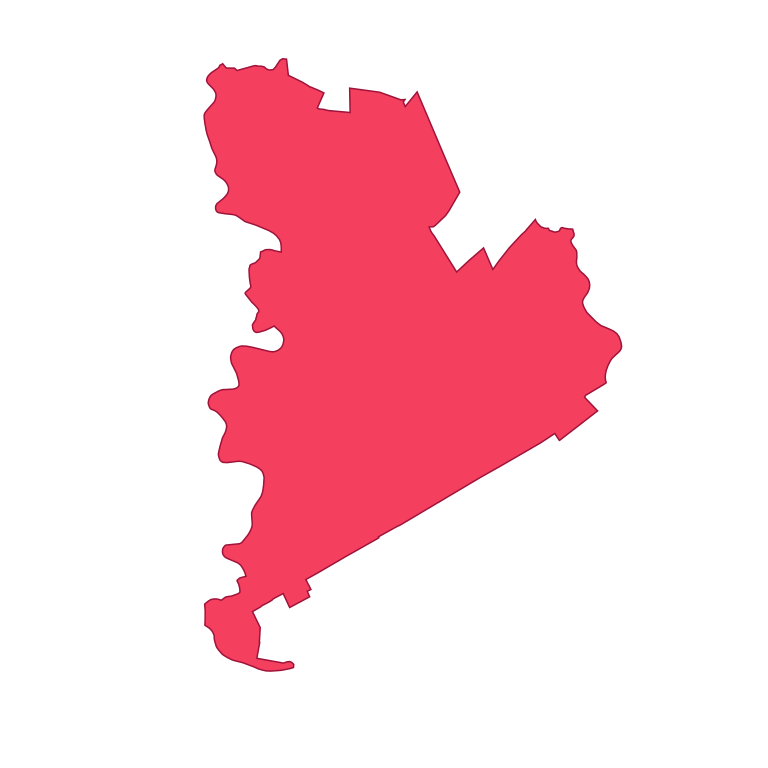 the district of Fantanele, Suceava, Romania, rotated 190°
{"feature_id": "2599482B49541519144713", "entity_name": "Fantanele", "entity_type": "district", "adm_level": 2, "iso_a3": "ROU", "parent_name": "Romania", "parent_adm1": "Suceava", "projection": "albers", "projection_center": [26.534, 47.602], "detail": "fine", "context": "isolated", "style": "filled", "palette": "rose", "viewbox_px": 768, "rotation_deg": 190, "n_neighbors": 0, "source": "geoboundaries", "source_scale": "gbopen_adm2", "svg_char_len": 6148}
<svg xmlns="http://www.w3.org/2000/svg" viewBox="0 0 768 768"><g transform="rotate(190 384 384)"><path d="M600.9,669.5L601.3,668.0L602.1,666.4L608.2,660.5L609.9,658.1L610.8,656.5L611.3,654.8L611.5,653.4L611.4,652.2L611.2,651.6L610.5,650.4L609.1,649.0L603.4,645.0L602.5,644.1L600.7,641.9L600.1,641.0L599.5,638.9L599.4,638.0L599.4,636.5L599.6,634.1L600.0,632.5L605.0,624.4L607.2,620.4L607.6,619.1L607.8,617.9L607.7,616.9L607.1,614.2L605.5,609.2L603.1,602.7L601.4,598.9L597.4,591.8L594.7,586.6L592.3,583.1L589.2,578.9L588.4,577.5L587.6,575.6L587.2,573.5L587.1,571.4L587.2,570.1L587.7,566.5L587.7,565.1L587.6,564.5L586.9,563.2L585.8,561.8L584.4,560.6L577.6,557.5L575.4,555.9L574.1,554.7L572.7,553.0L571.8,551.7L571.0,549.5L570.8,548.2L570.8,546.4L571.1,545.0L571.6,543.5L572.6,541.6L574.7,538.5L579.5,533.0L579.9,532.3L580.6,530.4L580.6,529.7L580.4,527.9L580.2,527.2L579.4,525.6L578.6,524.8L577.5,524.2L576.7,524.0L570.0,524.1L562.6,524.6L559.7,524.5L557.2,523.7L549.6,520.1L548.4,519.7L538.2,518.3L523.9,515.1L519.0,513.3L517.1,512.2L515.6,511.3L512.1,508.2L510.4,505.5L509.8,504.0L508.9,500.7L508.1,496.1L515.3,496.2L516.8,496.6L519.6,496.6L523.3,495.9L524.9,495.1L527.0,493.4L528.1,493.0L528.5,492.6L528.1,487.0L528.2,486.4L528.5,485.5L531.7,481.1L534.9,479.2L536.2,478.2L536.6,477.5L536.6,475.6L536.9,474.2L536.6,472.2L535.0,465.4L533.5,460.6L532.3,457.7L532.1,456.8L532.1,455.9L532.3,455.6L533.7,453.6L535.7,451.1L536.4,450.0L536.5,449.7L536.5,449.1L535.9,448.3L528.5,441.7L526.0,440.0L522.7,437.6L520.9,435.9L519.9,434.2L520.0,433.3L521.0,431.5L521.2,430.5L521.3,429.5L521.2,428.2L521.6,426.3L521.4,425.4L521.5,424.9L522.0,423.9L523.4,420.8L523.8,419.4L523.8,419.0L522.7,415.5L522.1,414.6L521.3,413.6L520.0,412.9L518.7,412.6L515.8,413.5L510.5,416.1L505.5,419.5L502.1,422.1L501.1,421.2L495.6,417.8L493.5,416.0L491.9,413.9L491.0,412.1L490.6,411.2L490.3,409.8L490.3,407.1L490.4,405.6L490.9,403.3L491.6,401.9L493.0,400.0L494.2,398.9L495.3,398.0L498.1,396.6L500.1,396.3L503.2,396.2L519.4,397.3L525.5,397.4L527.3,397.2L530.5,396.8L532.8,395.9L535.7,394.1L537.4,392.6L538.1,391.8L538.8,390.4L539.5,388.4L539.8,384.5L539.6,383.2L539.2,381.8L538.2,378.9L537.5,377.6L531.0,368.8L527.8,362.1L527.1,360.1L526.8,358.8L526.6,357.9L526.7,357.2L527.1,356.2L527.8,355.1L528.5,354.5L530.3,353.4L532.3,352.6L542.0,350.4L544.6,349.1L546.7,347.6L550.6,344.5L552.2,342.8L552.8,341.7L553.2,340.8L553.6,339.3L553.8,337.9L553.9,335.7L553.6,334.0L551.9,330.9L551.0,329.8L550.0,329.2L546.1,328.4L544.8,327.9L543.4,327.2L541.1,325.7L538.4,323.6L534.2,319.8L533.2,318.6L532.1,316.6L531.8,315.6L531.5,314.1L531.6,311.1L532.0,308.5L532.7,306.1L533.5,303.8L533.8,302.5L534.7,293.8L535.0,287.2L534.9,285.9L534.1,283.8L532.9,281.4L531.9,280.2L530.5,279.3L529.2,278.9L528.3,278.9L524.6,279.4L514.8,282.4L512.8,282.8L510.1,283.0L502.9,282.1L498.8,281.2L494.7,280.1L491.9,278.9L490.6,278.2L489.0,276.9L487.6,275.1L486.2,272.0L485.8,270.9L485.0,263.5L484.8,258.6L484.9,256.0L485.4,252.8L485.8,251.3L489.8,242.5L491.6,236.9L492.0,234.5L491.8,232.8L489.7,224.3L489.3,222.3L489.3,220.9L489.6,218.3L490.6,214.8L491.6,212.2L492.5,210.4L496.4,203.4L497.4,202.4L498.1,201.9L499.3,201.4L511.5,198.0L512.4,197.4L513.4,195.8L514.0,194.3L514.2,192.8L514.0,191.0L513.6,189.4L512.8,188.0L512.1,187.2L510.8,186.1L509.6,185.5L506.7,184.7L497.1,182.5L494.7,181.3L493.6,180.6L492.0,179.0L489.9,176.5L488.3,174.1L486.5,170.7L492.3,168.0L494.6,165.2L494.4,164.4L492.4,161.7L490.8,158.2L490.0,155.5L489.8,153.9L491.0,152.3L495.0,150.0L497.7,148.5L499.9,147.9L503.1,146.6L506.7,142.8L509.3,143.2L512.0,143.2L514.1,142.8L517.2,141.6L519.3,139.7L522.4,136.1L520.7,129.5L519.0,119.4L518.5,115.3L515.1,113.9L513.3,113.0L511.0,111.3L509.6,109.9L508.0,107.5L507.5,106.6L507.3,105.1L506.5,102.4L505.8,100.9L503.6,96.4L502.6,95.2L500.6,93.2L496.5,89.9L494.8,89.0L491.2,87.6L486.0,86.0L484.0,85.7L474.8,85.0L462.9,82.8L458.3,81.6L453.3,81.1L450.3,81.0L445.7,81.6L435.4,84.2L426.9,87.5L423.9,89.1L424.2,92.2L426.3,93.7L428.7,94.3L431.6,93.4L434.5,91.7L461.6,91.8L461.5,107.9L461.9,108.0L463.6,122.6L474.0,137.0L466.9,143.0L465.6,144.6L463.5,146.1L458.4,150.2L456.5,152.0L456.1,152.8L454.6,154.2L446.9,160.1L438.1,147.5L420.3,161.5L423.6,166.6L420.3,168.9L422.5,172.0L425.3,175.5L426.0,176.7L427.1,177.6L427.0,177.9L416.3,186.6L392.1,207.1L363.2,230.9L362.4,231.7L363.0,232.5L345.4,246.8L344.5,247.1L272.9,308.7L255.0,323.4L219.5,353.3L207.2,364.9L201.5,358.9L201.3,359.0L169.0,394.6L184.2,405.8L183.6,407.5L183.2,408.1L167.6,421.6L165.4,423.8L166.8,427.0L167.5,430.2L167.6,433.4L167.5,435.9L166.7,440.8L165.2,445.9L163.9,448.8L161.0,452.8L158.8,455.5L157.4,457.7L156.6,459.8L156.5,462.2L157.8,466.1L160.6,471.2L163.4,474.0L167.0,475.9L172.3,477.4L180.5,479.2L185.9,482.0L196.7,489.7L200.5,494.4L202.5,498.1L202.8,500.6L201.9,503.8L199.3,509.2L198.3,513.9L198.6,517.3L199.7,520.5L201.6,523.2L205.9,526.5L210.4,529.2L213.6,532.6L215.1,535.2L215.8,538.2L216.0,542.0L217.0,546.9L217.8,549.0L222.1,553.1L224.0,555.4L224.8,557.1L224.8,558.4L224.2,559.8L223.4,560.8L222.8,562.2L222.7,563.1L222.8,564.6L225.1,569.3L227.1,569.1L228.5,568.8L233.4,568.7L235.6,569.0L236.4,568.7L237.1,568.0L237.5,566.9L237.6,565.9L237.8,565.4L238.4,564.9L239.9,564.0L241.2,563.5L242.4,563.3L243.5,563.3L245.4,563.8L247.2,563.8L248.1,564.2L248.9,565.6L249.1,565.8L249.6,565.9L250.7,565.5L253.0,565.3L254.4,565.5L255.5,565.9L256.4,565.8L261.0,569.0L262.5,570.6L263.5,572.3L270.8,560.1L271.1,559.3L274.5,555.0L284.2,540.0L291.9,525.7L296.7,515.7L309.6,535.3L321.2,521.1L331.9,506.9L360.0,538.2L362.9,540.9L364.9,543.3L366.8,546.6L362.9,547.3L361.1,549.0L352.6,560.5L350.0,566.0L342.7,586.1L364.3,619.1L402.1,677.4L411.3,660.9L414.0,665.1L412.7,667.8L416.8,666.8L439.0,670.6L469.2,669.4L464.5,645.5L485.6,643.7L488.6,643.7L490.5,644.0L495.7,643.6L497.6,644.3L493.7,660.2L499.3,661.8L508.0,663.8L508.9,663.7L509.9,664.4L516.6,667.0L531.8,671.4L536.4,687.0L540.3,686.7L542.7,684.7L546.0,677.0L547.9,674.3L551.4,673.3L554.4,673.8L556.9,675.4L559.6,675.7L563.0,675.2L565.6,675.3L567.5,674.7L583.2,667.2L585.4,668.7L586.4,669.1L593.6,667.8L594.9,668.3L598.5,671.4L599.2,670.7L600.9,669.5Z" fill="#f43f5e" stroke="#9f1239" stroke-width="1.5"/></g></svg>